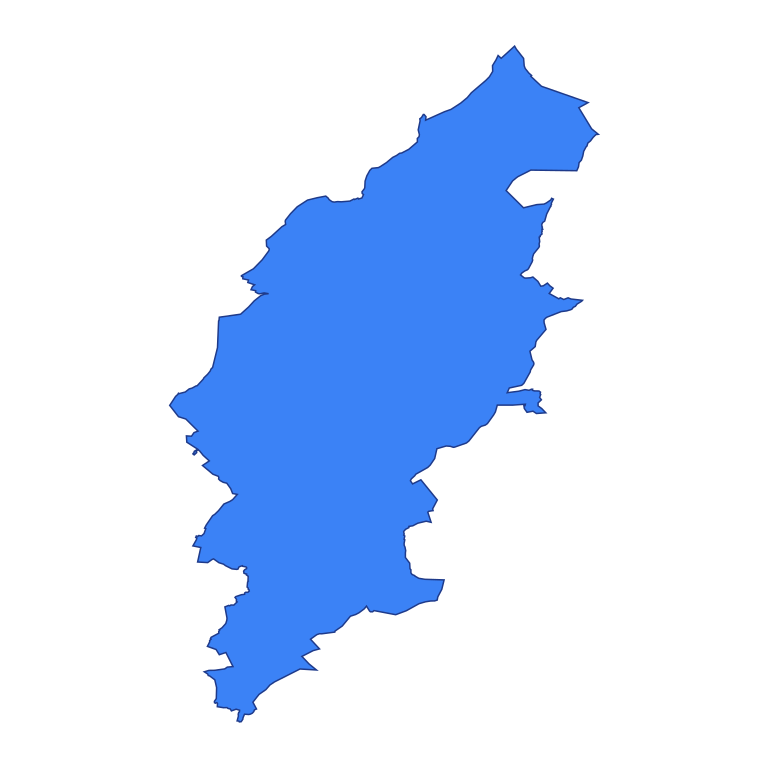 Spring, Alba, Romania
{"feature_id": "2599482B41235852327499", "entity_name": "Spring", "entity_type": "district", "adm_level": 2, "iso_a3": "ROU", "parent_name": "Romania", "parent_adm1": "Alba", "projection": "robinson", "projection_center": [23.751, 45.977], "detail": "fine", "context": "isolated", "style": "filled", "palette": "blue", "viewbox_px": 768, "rotation_deg": 0, "n_neighbors": 0, "source": "geoboundaries", "source_scale": "gbopen_adm2", "svg_char_len": 6114}
<svg xmlns="http://www.w3.org/2000/svg" viewBox="0 0 768 768"><path d="M316.5,670.0L309.1,664.0L301.9,656.4L313.2,650.6L319.5,648.9L310.5,639.2L316.9,634.6L319.6,633.7L321.7,633.8L334.8,632.1L335.0,631.1L342.3,626.0L350.4,616.2L355.7,614.5L359.1,612.7L364.3,608.8L366.5,606.1L369.6,611.1L370.5,611.8L372.6,611.8L374.0,610.6L395.7,614.7L406.4,610.7L419.0,603.7L425.5,601.8L430.6,601.0L434.7,600.9L437.2,600.1L437.8,596.9L441.8,589.3L444.1,579.9L424.9,579.3L418.8,578.3L414.8,576.0L414.7,575.6L412.1,574.5L410.9,572.8L410.9,569.7L410.0,568.8L409.7,563.2L405.4,557.5L405.4,552.8L405.7,550.6L405.0,547.1L404.2,545.4L404.1,543.4L404.8,539.8L404.1,539.5L404.1,539.0L404.8,536.0L403.7,535.1L404.2,534.0L403.6,531.8L404.0,531.1L405.6,529.3L408.9,527.6L408.9,526.4L412.8,525.8L417.8,523.2L426.2,521.2L431.1,522.3L427.8,512.2L428.8,511.3L433.1,510.6L432.6,508.9L437.3,500.0L420.9,479.8L412.6,483.9L410.4,480.8L411.3,478.9L414.7,475.8L415.8,474.2L427.8,467.4L430.2,465.1L434.7,458.5L436.9,448.7L446.2,446.0L450.3,446.3L453.3,447.3L454.7,447.1L466.4,443.0L468.9,441.0L479.4,427.7L481.3,426.3L485.3,425.1L487.4,423.6L493.6,415.0L495.4,411.9L497.3,405.1L512.8,405.1L525.4,404.2L525.0,405.7L523.9,405.8L524.3,408.5L527.0,412.3L533.0,411.2L536.4,413.5L545.8,412.8L541.8,408.6L538.1,405.9L538.1,402.9L541.4,399.8L539.6,397.4L540.7,394.5L540.1,393.9L540.5,392.2L539.0,391.0L534.4,390.9L532.4,390.3L532.6,389.2L531.4,389.2L529.1,390.3L525.0,389.6L518.8,391.2L507.2,392.7L509.3,388.0L521.7,385.3L523.8,383.4L530.2,372.0L530.6,370.0L533.7,364.8L533.9,363.5L533.6,362.3L532.0,359.8L529.9,351.2L535.2,346.6L535.9,341.9L536.8,340.2L546.0,329.4L544.1,322.7L544.0,320.0L545.5,318.2L547.1,317.1L561.2,311.6L566.7,310.9L570.8,309.7L572.1,309.0L573.3,307.3L575.4,306.3L577.0,304.1L581.7,301.2L582.5,300.3L571.0,299.0L568.1,297.8L563.8,299.5L560.3,297.8L558.8,298.8L549.2,293.5L553.1,288.2L549.9,285.8L547.4,283.1L543.3,285.8L540.8,286.2L537.9,281.4L532.9,277.0L530.3,277.8L525.7,278.1L524.3,277.9L520.5,274.9L521.9,273.0L524.7,271.0L527.4,269.8L528.4,268.8L532.1,261.9L532.7,260.0L532.3,258.8L532.8,256.4L533.7,253.8L538.9,247.4L539.4,246.1L539.1,243.9L539.7,241.7L539.2,237.1L540.2,236.6L540.3,235.5L542.0,234.0L541.7,232.0L542.2,231.3L541.9,229.7L542.8,229.2L542.0,228.0L542.4,227.1L541.9,226.3L541.8,224.3L542.7,222.5L544.7,221.1L546.7,214.0L550.2,207.1L550.9,206.4L550.8,205.7L551.5,204.5L551.3,203.2L553.4,199.1L551.6,198.3L550.8,199.9L546.3,203.0L544.0,204.1L536.8,204.6L523.5,207.8L506.1,190.6L512.6,180.9L515.6,178.4L517.8,176.7L530.8,170.1L576.8,170.7L578.5,166.8L579.1,162.6L581.4,160.1L582.8,156.0L583.7,151.3L586.0,147.0L587.0,146.0L587.8,143.1L590.5,140.9L593.1,137.4L595.9,134.6L598.3,134.3L591.6,128.8L578.8,107.7L588.1,102.6L541.5,86.3L530.8,76.3L531.6,75.5L528.8,73.0L525.2,68.5L524.2,65.8L523.6,58.4L516.3,49.1L514.6,46.1L501.2,58.3L498.1,55.5L496.0,59.9L492.5,65.6L492.7,71.4L489.4,76.8L485.6,80.6L471.4,92.7L467.3,97.6L460.7,103.1L451.0,109.4L444.5,111.7L425.6,120.2L426.0,116.7L424.1,114.5L423.3,114.5L421.5,117.5L419.8,118.8L420.1,120.9L418.2,129.9L419.4,134.6L419.1,136.6L417.3,138.5L417.4,141.9L408.8,149.3L401.7,153.0L399.6,153.3L396.5,155.5L392.7,157.4L386.3,162.7L380.1,166.7L378.4,167.6L371.9,168.3L369.8,170.4L366.8,175.9L365.1,181.1L364.8,187.4L364.4,188.7L362.0,191.8L362.2,193.5L363.5,194.6L361.9,198.0L358.5,199.0L357.9,198.1L354.6,199.5L354.0,199.0L349.8,201.1L341.2,201.8L337.6,201.6L334.2,202.1L332.1,201.7L329.1,199.6L328.2,198.1L325.8,196.1L317.3,197.7L307.5,200.1L297.2,206.8L290.6,213.6L285.5,220.1L285.2,221.2L285.6,224.5L281.9,226.7L271.3,236.4L266.3,240.1L266.6,246.1L269.1,248.6L269.2,249.8L268.7,251.0L262.2,259.8L253.4,268.8L241.4,275.7L241.5,276.4L242.9,276.7L242.8,278.8L248.5,280.0L247.8,282.5L254.6,284.8L252.5,286.5L251.0,289.7L255.7,290.7L255.5,292.1L258.2,293.6L259.9,293.8L264.1,292.9L268.6,293.7L264.5,294.1L260.7,295.7L254.2,300.9L248.6,307.0L240.6,314.2L219.3,317.2L219.0,320.5L218.6,320.9L217.5,347.6L212.6,367.5L211.1,368.9L210.1,371.2L207.5,374.4L204.0,377.7L203.2,379.2L197.2,385.7L195.9,386.0L192.1,388.1L189.2,388.9L185.3,392.0L178.8,393.7L178.4,393.3L177.8,394.4L175.6,396.4L169.7,405.4L178.5,416.7L185.8,419.0L198.0,431.1L194.0,432.6L191.5,436.2L186.4,435.9L186.8,442.2L197.7,449.2L194.3,451.3L193.7,453.2L193.0,453.5L193.1,454.2L194.2,454.9L196.7,452.6L196.3,451.4L197.9,449.7L199.6,450.9L203.2,455.4L209.3,460.9L202.5,465.5L212.9,474.2L218.3,476.3L218.8,477.4L218.6,479.0L220.0,480.5L223.2,482.3L226.8,483.2L230.7,488.7L232.6,493.5L237.3,494.4L232.7,499.6L229.9,501.4L223.9,504.0L218.5,510.7L214.8,514.3L212.6,515.7L206.3,524.9L204.6,528.2L205.8,528.6L204.0,533.6L201.5,535.9L198.7,535.5L198.0,536.3L196.3,536.0L195.7,537.5L196.9,537.9L196.4,539.7L192.9,545.9L200.8,547.5L197.6,562.0L207.7,562.6L212.0,559.5L213.6,558.9L218.9,562.7L223.6,564.2L225.4,565.6L232.0,568.9L236.9,569.4L238.1,569.0L238.7,567.3L239.7,566.6L242.4,565.7L242.7,566.3L245.9,566.9L246.6,567.5L246.6,568.6L244.6,569.8L243.6,571.2L244.0,573.3L246.6,574.1L246.3,574.8L248.2,576.3L248.0,580.7L248.3,581.1L247.6,582.0L247.1,587.1L248.2,588.1L248.3,589.5L248.9,589.7L249.3,591.0L247.9,592.3L245.6,592.3L244.7,593.0L244.6,594.3L241.4,594.7L235.8,596.6L235.0,597.4L236.5,599.4L236.3,601.2L237.1,601.9L233.8,605.1L230.9,605.0L229.8,605.8L228.7,605.4L224.9,606.9L227.0,618.1L226.8,620.2L225.8,623.5L222.1,627.7L219.1,629.8L219.6,630.3L218.7,631.5L218.8,633.2L211.1,637.3L210.4,638.8L211.0,639.2L209.6,640.7L209.7,641.8L207.4,646.4L216.1,649.5L219.3,654.7L225.9,652.5L233.0,666.6L227.3,667.1L224.7,668.9L214.8,670.3L208.9,670.4L204.3,671.8L207.7,674.0L208.2,675.5L209.6,675.9L214.8,679.8L216.6,687.6L216.3,698.6L214.4,701.3L214.5,702.7L215.4,703.2L216.8,702.6L217.5,703.4L217.3,706.7L223.5,707.7L227.0,707.6L227.9,708.4L230.3,709.0L231.4,710.9L236.1,709.2L239.6,710.2L239.4,711.9L238.7,712.4L238.2,714.2L238.4,716.1L237.1,720.9L238.9,721.1L239.3,721.9L241.2,721.7L242.8,719.3L243.0,717.8L244.5,714.2L248.8,714.5L250.5,714.1L252.3,713.2L253.8,711.6L254.4,709.9L256.5,709.0L252.9,702.2L259.0,694.4L265.9,689.6L269.9,685.0L274.5,681.9L300.0,669.0L316.5,670.0Z" fill="#3b82f6" stroke="#1e3a8a" stroke-width="1.5"/></svg>